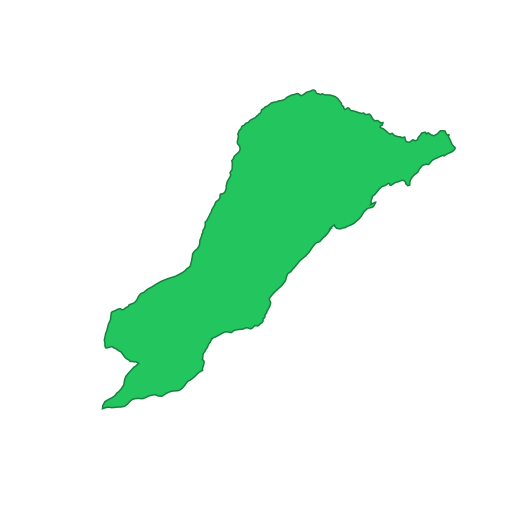 outline of Sibundoy, Putumayo, Colombia, rotated 218°
{"feature_id": "7082276B87047054998240", "entity_name": "Sibundoy", "entity_type": "district", "adm_level": 2, "iso_a3": "COL", "parent_name": "Colombia", "parent_adm1": "Putumayo", "projection": "equal_earth", "projection_center": [-76.909, 1.238], "detail": "fine", "context": "isolated", "style": "filled", "palette": "green", "viewbox_px": 512, "rotation_deg": 218, "n_neighbors": 0, "source": "geoboundaries", "source_scale": "gbopen_adm2", "svg_char_len": 6106}
<svg xmlns="http://www.w3.org/2000/svg" viewBox="0 0 512 512"><g transform="rotate(218 256 256)"><path d="M227.6,132.9L229.1,134.6L230.3,138.2L231.3,140.0L232.2,141.1L233.0,141.4L234.6,141.4L234.9,142.4L237.3,146.1L237.5,147.2L237.5,149.5L237.9,150.8L238.1,154.1L239.0,157.2L239.1,160.2L239.6,161.8L239.6,163.5L240.0,163.8L237.8,167.8L234.7,175.2L233.3,177.5L231.2,179.0L229.4,179.7L228.4,180.4L228.1,181.1L227.7,183.1L227.1,184.5L224.0,187.8L221.6,190.0L219.9,192.8L219.2,193.7L218.0,194.4L215.6,195.2L215.1,195.7L214.5,197.2L214.3,199.4L214.0,200.4L212.9,201.3L211.7,201.8L211.3,202.4L210.9,205.2L210.1,207.6L210.4,209.1L211.7,210.6L211.7,211.1L211.3,212.3L211.3,213.1L212.7,215.4L212.5,217.6L213.2,218.6L214.2,224.8L215.3,227.6L215.9,228.4L217.7,229.2L219.3,230.5L219.4,232.3L219.3,237.1L218.8,241.2L217.5,248.5L217.5,252.6L217.5,253.9L217.8,255.3L219.0,257.9L219.4,259.4L219.9,260.1L220.0,262.3L219.5,263.2L219.3,264.1L218.9,265.1L219.0,268.4L218.7,269.7L218.5,278.9L218.4,280.0L216.9,286.6L216.7,289.8L216.5,291.3L216.9,297.1L216.9,302.5L216.5,303.7L214.6,306.6L214.3,312.2L213.7,313.9L213.5,319.1L213.9,323.1L213.8,323.7L214.5,323.1L214.5,324.5L213.4,328.7L212.0,327.8L209.7,327.4L207.8,328.3L206.1,329.4L205.2,331.1L203.2,333.2L202.4,335.3L200.2,339.2L198.9,342.0L197.6,348.9L197.5,352.5L198.2,356.7L197.6,361.1L196.9,362.9L195.5,364.6L194.6,365.4L194.0,367.1L194.0,367.9L194.7,372.1L195.1,371.9L197.3,367.3L197.5,368.5L199.1,369.9L199.6,371.0L200.2,373.1L200.9,374.8L200.9,375.5L200.2,377.6L200.1,384.7L199.3,388.6L197.4,391.3L196.7,394.1L196.2,394.9L195.4,395.1L193.9,394.4L193.2,394.8L192.8,395.5L191.7,399.2L189.6,402.1L188.2,404.6L187.3,405.7L186.4,406.3L184.4,406.6L183.7,406.3L182.5,405.1L179.6,404.9L178.5,406.5L180.2,408.8L181.1,411.0L181.4,413.4L181.4,416.0L181.2,418.0L180.5,419.7L180.1,421.7L180.7,425.0L180.7,428.9L180.3,430.5L178.4,433.1L176.5,434.1L176.1,435.7L176.1,439.7L174.9,442.6L172.1,447.8L171.3,449.5L170.4,450.7L169.5,450.5L168.3,453.9L166.0,458.2L165.4,459.8L165.1,462.5L165.4,463.5L166.0,464.1L166.6,463.9L170.1,464.6L175.4,467.5L177.3,468.2L178.0,468.9L178.4,470.3L178.8,470.4L179.5,469.4L180.1,469.1L182.8,470.1L183.4,470.7L183.9,470.9L184.9,470.4L186.5,469.3L187.6,468.3L188.1,467.2L188.1,465.2L188.4,463.7L189.6,460.7L190.2,460.1L193.0,459.2L195.9,459.2L196.5,458.6L196.5,457.4L196.8,457.1L197.9,457.3L198.1,457.7L198.6,457.8L199.5,457.2L200.3,455.9L200.9,455.4L201.2,454.6L200.9,452.3L201.2,449.7L201.0,448.7L200.2,447.0L201.5,444.9L201.9,444.6L203.8,444.4L204.2,443.6L204.8,440.9L205.2,440.2L206.2,439.4L207.3,438.9L208.6,438.8L209.6,439.3L211.7,441.2L212.1,441.3L213.9,439.0L215.6,438.8L217.7,437.4L220.5,436.4L221.6,436.2L224.1,436.6L224.5,436.2L225.5,434.5L226.0,434.3L233.6,434.7L235.0,434.4L236.2,433.9L237.5,434.0L237.8,434.2L237.9,435.3L237.1,436.8L237.6,438.4L238.1,439.3L238.7,438.7L239.2,437.8L243.5,437.7L244.0,437.3L244.8,436.2L245.6,435.7L248.0,435.8L249.2,436.3L250.2,436.3L250.6,436.9L251.5,437.3L253.9,437.7L256.9,434.8L259.2,435.0L260.7,433.3L263.0,432.3L267.3,430.9L270.9,429.0L271.8,429.0L272.9,429.6L274.2,429.6L275.1,429.0L275.7,426.8L276.3,426.1L277.1,426.1L279.0,427.6L281.1,427.6L282.1,428.2L282.9,429.0L288.7,430.4L290.7,430.4L292.0,430.3L296.7,428.5L300.9,425.4L303.9,424.5L304.2,423.5L304.8,422.7L306.0,422.6L307.8,421.6L309.0,421.6L311.2,422.7L312.0,422.6L312.8,422.2L313.8,421.3L314.4,419.7L317.0,416.1L317.3,415.2L317.7,413.3L318.7,410.7L319.5,410.0L322.7,409.9L323.8,409.2L325.4,406.6L326.5,405.4L327.4,404.1L329.4,399.9L329.5,397.8L330.3,396.2L331.9,393.9L333.5,392.4L335.0,389.7L336.4,388.5L338.3,385.8L338.6,383.5L339.0,382.8L339.1,381.9L339.5,380.8L340.5,379.2L340.7,377.2L341.1,376.4L341.1,375.6L341.6,374.9L341.5,374.2L340.7,372.8L340.6,371.9L340.6,370.9L341.1,369.6L341.1,367.8L341.6,366.9L341.7,364.4L342.7,362.8L343.2,361.4L343.7,360.7L344.2,359.0L344.3,356.4L345.7,354.4L345.9,351.4L346.9,350.0L346.8,348.6L346.0,347.1L346.3,346.1L346.4,344.3L345.3,340.7L344.4,340.3L343.3,339.1L341.0,334.4L340.3,333.6L339.4,333.0L337.4,332.7L336.2,332.2L334.8,331.0L333.9,329.6L333.5,327.6L334.5,321.6L334.3,320.1L333.8,319.0L333.7,316.0L332.3,315.2L328.2,309.6L328.0,308.9L327.9,306.7L327.7,305.7L327.2,305.1L326.0,304.5L325.3,303.2L324.7,298.3L324.5,297.1L322.9,293.3L321.1,291.0L320.4,289.2L319.9,287.3L320.1,285.8L320.7,284.4L322.2,282.8L321.8,281.9L320.4,279.8L320.1,278.9L320.1,277.0L320.8,274.8L320.9,273.7L320.6,273.0L320.6,272.2L320.1,271.5L319.4,265.8L318.3,262.9L318.1,260.9L317.6,258.9L316.6,253.5L316.7,252.3L316.9,251.6L314.9,248.9L313.9,246.7L313.6,243.9L313.1,242.8L312.2,241.6L312.2,240.2L311.7,239.4L310.6,236.6L309.9,233.9L308.3,231.5L307.1,229.3L306.7,225.8L307.4,222.2L307.4,219.4L306.9,218.0L305.9,216.6L305.4,215.4L304.3,213.5L303.3,211.5L302.5,209.3L301.7,208.0L301.8,206.1L302.6,203.5L302.9,200.5L303.6,198.0L307.0,190.4L311.1,184.5L314.9,178.1L317.4,172.1L319.1,167.2L320.7,163.9L321.4,161.6L322.0,158.3L323.5,155.8L323.7,154.6L323.7,152.4L323.6,151.1L322.9,148.3L322.9,145.5L323.2,144.2L324.0,142.5L325.9,139.6L325.6,137.4L326.8,135.2L327.1,133.0L328.5,131.0L330.3,131.0L331.2,130.2L332.6,128.2L333.2,126.4L334.8,123.9L335.2,122.4L331.5,116.2L330.8,114.0L330.5,112.0L327.4,104.8L326.9,102.7L323.7,96.2L321.7,94.7L319.6,92.1L318.1,91.1L317.2,91.4L313.7,96.0L311.1,96.1L309.9,96.6L305.4,96.9L303.1,97.3L296.7,95.4L294.2,95.4L291.7,95.8L290.6,95.7L290.1,95.4L289.1,96.4L286.7,97.7L285.3,98.8L282.4,99.2L283.0,95.4L283.7,93.4L284.3,85.7L284.5,81.0L284.2,80.6L283.8,78.9L282.7,76.3L280.8,73.1L280.4,68.1L280.7,64.1L281.2,62.9L281.2,59.8L281.3,58.7L282.2,55.7L284.9,49.9L285.4,47.9L284.5,43.7L283.0,41.1L280.7,44.5L278.8,46.3L276.1,47.8L272.1,51.7L269.8,53.5L268.5,54.9L267.2,56.5L266.5,58.4L266.0,60.9L265.9,63.6L265.2,66.8L264.4,67.9L263.0,69.6L260.9,71.4L257.8,73.5L257.0,74.4L254.2,79.7L253.2,81.2L251.1,83.7L249.7,84.8L247.3,85.3L246.0,86.1L244.6,86.9L243.5,88.1L242.4,91.8L241.4,94.0L240.2,96.0L239.0,97.8L234.5,101.9L233.5,103.6L232.7,106.3L232.5,109.6L232.7,114.2L232.4,115.8L231.3,118.1L230.6,120.7L230.1,123.1L229.4,128.7L228.5,131.3L227.6,132.9Z" fill="#22c55e" stroke="#15803d" stroke-width="1.5"/></g></svg>